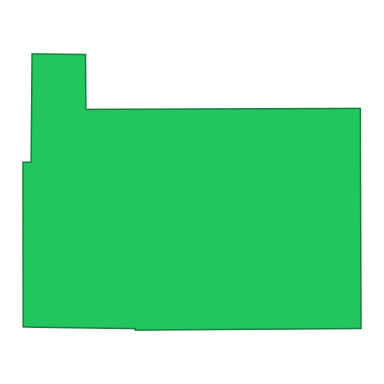 Rio Grande, Colorado, United States of America (Albers equal-area conic projection)
{"feature_id": "52423323B79195844352338", "entity_name": "Rio Grande", "entity_type": "district", "adm_level": 2, "iso_a3": "USA", "parent_name": "United States of America", "parent_adm1": "Colorado", "projection": "albers", "projection_center": [-106.533, 37.617], "detail": "fine", "context": "isolated", "style": "filled", "palette": "green", "viewbox_px": 384, "rotation_deg": 0, "n_neighbors": 0, "source": "geoboundaries", "source_scale": "gbopen_adm2", "svg_char_len": 266}
<svg xmlns="http://www.w3.org/2000/svg" viewBox="0 0 384 384"><path d="M39.5,327.3L135.2,328.6L135.2,330.1L361.0,328.5L360.3,108.4L85.9,109.4L85.5,54.5L32.1,53.9L31.1,162.2L23.0,162.2L23.2,326.9L39.5,327.3Z" fill="#22c55e" stroke="#15803d" stroke-width="1.5"/></svg>